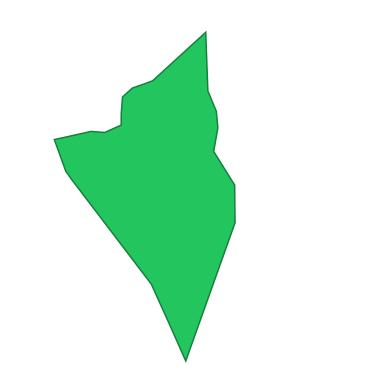 outline of Major Sales, Rio Grande do Norte, Brazil, rotated 321°
{"feature_id": "56859067B32083777691095", "entity_name": "Major Sales", "entity_type": "district", "adm_level": 2, "iso_a3": "BRA", "parent_name": "Brazil", "parent_adm1": "Rio Grande do Norte", "projection": "robinson", "projection_center": [-38.314, -6.411], "detail": "fine", "context": "isolated", "style": "filled", "palette": "green", "viewbox_px": 384, "rotation_deg": 321, "n_neighbors": 0, "source": "geoboundaries", "source_scale": "gbopen_adm2", "svg_char_len": 421}
<svg xmlns="http://www.w3.org/2000/svg" viewBox="0 0 384 384"><g transform="rotate(321 192 192)"><path d="M118.0,64.6L106.9,96.7L106.3,107.1L102.4,237.9L92.8,274.7L80.8,319.4L206.1,243.0L229.5,213.5L234.4,174.1L252.5,158.4L261.7,144.6L267.9,123.5L303.2,76.5L231.4,80.8L220.5,77.1L211.1,73.7L197.8,74.4L186.2,86.7L179.1,95.4L161.6,90.8L151.7,81.4L118.0,64.6Z" fill="#22c55e" stroke="#15803d" stroke-width="1.5"/></g></svg>